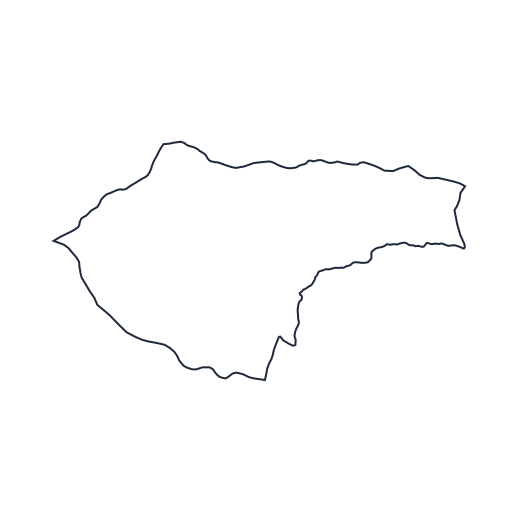 Drugyelgang, Daga, Bhutan, rotated 105°
{"feature_id": "84629894B98684691838312", "entity_name": "Drugyelgang", "entity_type": "district", "adm_level": 2, "iso_a3": "BTN", "parent_name": "Bhutan", "parent_adm1": "Daga", "projection": "mercator", "projection_center": [90.024, 26.986], "detail": "fine", "context": "isolated", "style": "outline", "palette": "slate", "viewbox_px": 512, "rotation_deg": 105, "n_neighbors": 0, "source": "geoboundaries", "source_scale": "gbopen_adm2", "svg_char_len": 4247}
<svg xmlns="http://www.w3.org/2000/svg" viewBox="0 0 512 512"><g transform="rotate(105 256 256)"><path d="M376.3,303.5L377.1,302.8L380.8,297.4L381.7,293.5L382.0,288.3L381.0,284.4L377.4,278.9L375.7,272.7L375.7,270.9L376.7,268.0L379.0,265.5L381.0,262.5L382.2,259.7L382.3,256.2L382.1,253.6L379.9,251.5L375.7,248.3L373.7,244.9L373.6,241.7L373.6,237.6L374.8,231.7L374.8,227.8L374.5,224.0L373.8,218.7L373.6,215.3L368.3,215.5L362.9,215.9L361.5,216.0L356.8,215.6L352.0,214.5L347.5,214.2L342.5,214.4L339.3,214.2L337.5,214.1L331.3,213.3L328.2,212.9L327.6,211.7L328.5,210.3L329.7,208.8L330.6,207.5L331.1,205.3L331.7,203.3L332.1,202.3L332.4,200.7L332.9,198.3L332.9,196.8L332.6,195.8L331.6,194.9L329.6,195.4L327.8,195.7L326.5,196.1L325.6,196.7L324.6,197.5L323.5,198.0L322.3,198.3L319.8,198.5L317.0,198.4L315.0,198.1L312.8,197.5L311.6,197.3L309.7,197.3L307.9,197.8L305.7,199.1L303.8,199.6L298.4,201.5L296.1,202.0L293.3,202.4L291.1,202.5L289.0,202.3L288.0,201.8L286.8,200.9L285.3,200.7L283.3,201.1L282.1,202.3L281.9,203.5L280.6,204.2L279.5,203.5L278.3,202.4L276.8,201.9L276.0,201.3L275.1,199.9L272.5,197.7L271.6,196.9L270.2,195.4L269.3,194.8L268.0,194.3L266.8,194.1L264.6,193.3L263.4,193.2L261.0,193.1L258.3,191.9L255.9,191.7L254.8,191.2L253.6,189.5L253.0,188.5L251.9,186.7L251.1,185.9L250.6,184.9L250.3,182.9L249.8,181.7L247.6,177.7L246.6,175.9L246.4,173.7L245.3,171.2L244.9,168.8L243.6,167.0L242.6,166.2L241.4,164.0L240.5,162.6L238.4,161.3L237.5,160.6L236.5,159.1L236.2,158.0L235.8,156.2L235.5,153.6L235.0,151.1L233.8,147.6L232.6,146.0L230.9,145.1L229.1,144.1L227.5,144.1L223.5,145.3L222.2,145.3L220.6,144.5L219.2,143.5L217.8,142.2L216.4,140.2L214.8,136.9L214.2,135.9L212.7,134.1L210.7,132.6L210.3,128.8L209.2,126.9L208.7,125.1L208.4,122.6L207.3,121.2L205.8,118.7L205.0,116.9L204.7,115.7L204.7,114.0L205.6,111.5L205.7,109.7L205.3,108.3L205.1,107.2L205.1,105.9L205.3,104.6L204.2,102.0L204.2,100.1L204.2,97.8L203.5,96.4L200.5,95.0L199.4,94.4L198.9,93.5L199.2,90.5L199.0,89.0L198.4,87.5L197.6,86.4L197.3,83.3L196.9,82.1L196.1,80.8L195.8,78.8L196.2,76.0L196.4,74.5L196.3,72.7L195.3,70.0L194.5,68.0L194.2,66.6L194.3,63.3L194.4,62.0L195.1,57.2L193.7,56.6L191.8,57.2L190.6,57.8L182.8,64.1L173.4,69.8L160.2,76.2L156.2,74.8L149.3,74.0L142.1,74.8L134.5,72.1L133.1,77.7L132.9,83.7L133.2,93.7L133.5,100.8L135.4,106.5L136.3,110.0L136.5,113.4L135.2,119.1L132.2,125.0L131.2,127.6L130.7,129.3L129.7,131.9L130.3,133.5L134.5,140.4L138.5,145.6L139.5,150.3L140.3,153.9L139.3,158.4L138.6,161.9L138.0,167.3L137.7,171.8L137.5,176.0L139.1,179.7L141.5,181.7L142.9,187.5L143.3,191.7L143.6,195.0L143.7,199.6L143.6,201.2L144.0,202.4L144.9,203.6L146.6,207.3L147.1,209.7L147.0,212.5L146.6,215.4L146.6,218.3L147.4,220.9L149.0,223.6L149.7,225.0L149.7,227.5L150.1,229.3L151.0,230.3L153.3,231.4L154.7,233.0L156.1,235.3L157.6,237.8L159.5,239.5L160.5,240.9L161.8,244.0L162.7,246.9L163.0,249.2L162.9,254.5L162.4,258.5L161.4,262.6L161.1,265.2L161.2,267.6L162.1,270.1L163.2,273.0L165.3,278.6L167.1,282.7L170.1,287.0L173.0,291.3L174.0,293.9L175.6,296.9L176.3,299.4L176.4,302.7L176.2,307.9L175.9,311.4L175.6,314.4L175.5,317.1L176.0,320.0L176.1,322.8L176.2,324.1L175.5,326.3L174.6,327.6L172.8,329.4L171.5,330.7L170.8,332.2L170.1,334.0L169.0,337.9L167.9,340.2L167.3,342.5L167.0,344.8L167.0,347.8L167.0,350.0L166.3,352.5L165.3,354.7L165.3,356.5L165.1,358.2L166.3,361.1L167.9,364.9L169.6,368.1L170.7,370.9L171.9,374.3L175.5,375.6L179.6,376.7L185.1,377.8L191.0,379.3L192.6,379.5L195.3,379.8L199.3,379.9L202.4,380.4L206.1,381.5L208.4,383.3L211.0,386.2L215.2,390.1L217.4,392.2L220.7,395.5L224.4,398.4L225.2,399.5L226.0,400.7L226.6,402.6L226.6,404.2L227.2,405.4L229.0,408.3L232.7,412.8L234.8,415.9L237.7,418.1L239.1,418.9L241.3,420.0L247.2,421.1L249.8,422.0L252.3,424.5L254.6,426.8L257.2,428.3L260.8,430.3L263.1,432.8L265.2,434.5L268.8,435.0L272.1,434.7L274.2,435.3L277.7,438.2L280.0,440.6L283.4,444.5L288.1,449.9L293.8,455.4L294.8,444.5L297.1,438.8L300.0,434.8L303.7,429.3L307.4,425.4L312.4,423.6L318.2,421.0L322.1,418.7L327.6,413.0L332.9,407.6L338.2,401.4L344.3,396.6L345.9,393.0L351.2,381.8L357.2,371.8L363.2,361.3L365.5,350.8L366.4,344.1L366.4,338.2L365.7,329.1L365.6,327.0L365.4,321.3L367.3,314.9L368.0,313.6L369.6,310.2L372.5,306.7L376.3,303.5Z" fill="none" stroke="#1e293b" stroke-width="2"/></g></svg>